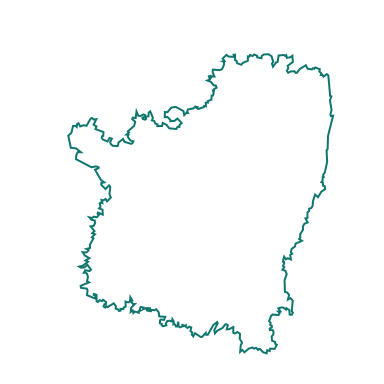 Sunamganj, Sylhet, Bangladesh, rotated 99°
{"feature_id": "16705992B61059366245275", "entity_name": "Sunamganj", "entity_type": "district", "adm_level": 2, "iso_a3": "BGD", "parent_name": "Bangladesh", "parent_adm1": "Sylhet", "projection": "mercator", "projection_center": [91.358, 24.888], "detail": "fine", "context": "isolated", "style": "outline", "palette": "teal", "viewbox_px": 384, "rotation_deg": 99, "n_neighbors": 0, "source": "geoboundaries", "source_scale": "gbopen_adm2", "svg_char_len": 5954}
<svg xmlns="http://www.w3.org/2000/svg" viewBox="0 0 384 384"><g transform="rotate(99 192 192)"><path d="M310.3,279.6L312.3,271.4L309.6,270.7L309.0,273.0L308.1,273.0L308.4,270.3L314.9,269.1L315.4,267.8L313.3,266.3L313.9,264.0L311.7,262.5L312.7,262.6L314.2,259.6L316.6,259.6L316.5,260.9L318.9,261.5L319.7,259.5L318.2,258.7L318.9,257.4L314.2,251.9L316.7,249.3L319.2,249.1L319.5,246.8L320.9,245.5L320.4,244.1L318.6,244.3L318.4,241.5L316.7,241.4L315.6,239.6L310.6,240.5L311.0,237.7L310.1,236.1L305.5,236.4L308.6,233.9L309.6,235.1L312.0,232.6L311.6,231.0L315.9,234.0L320.0,233.8L318.2,232.1L320.7,231.0L319.0,229.9L319.6,225.7L318.1,226.1L317.1,224.3L316.8,225.2L313.7,224.8L313.7,221.8L315.3,222.0L313.8,219.0L313.3,214.4L313.7,216.2L314.4,215.2L314.9,218.6L316.1,217.8L316.2,213.9L314.8,213.4L314.6,210.4L313.4,209.1L316.1,206.0L320.0,204.9L319.5,198.9L322.7,199.6L322.8,202.8L323.7,203.5L326.7,203.2L327.2,201.0L328.5,201.0L329.1,199.6L327.7,196.5L326.0,197.2L323.4,196.3L322.6,194.0L323.1,191.5L320.7,191.5L322.7,189.8L325.6,189.7L325.1,188.6L327.4,186.7L327.1,185.6L322.2,185.3L326.9,184.2L327.5,182.6L326.2,180.5L323.9,180.9L325.9,179.5L324.6,177.3L325.8,177.3L327.0,175.2L325.5,173.6L325.9,171.6L329.6,171.8L330.7,169.8L332.9,169.8L334.4,168.2L331.0,167.0L333.8,160.8L333.5,159.4L329.0,156.4L330.7,155.9L330.6,154.1L320.0,150.1L316.6,146.8L317.6,146.1L325.0,148.4L328.0,147.2L325.1,145.4L321.4,140.5L317.4,138.3L317.4,136.8L317.8,135.8L322.2,136.2L321.7,133.9L318.9,130.1L324.6,129.2L325.0,127.5L323.2,125.3L324.6,122.4L329.5,121.9L333.0,119.0L335.7,119.9L342.3,119.4L340.1,117.6L342.1,115.1L337.7,111.4L336.2,108.1L337.0,106.4L335.9,104.2L338.2,101.4L336.8,102.3L336.5,100.1L339.1,96.8L339.7,93.1L336.4,92.9L336.9,90.4L334.5,90.3L334.0,85.8L329.6,84.3L328.8,86.1L327.1,86.4L326.3,89.8L322.1,90.7L320.2,89.4L317.3,89.6L315.8,90.6L316.2,93.4L314.7,93.9L313.3,92.0L311.7,92.2L311.1,93.9L308.9,93.9L307.5,95.6L302.1,94.6L300.4,93.2L300.0,87.2L297.8,86.5L296.6,88.2L296.1,86.0L293.4,88.5L292.2,86.1L291.8,84.0L293.4,80.8L292.0,80.6L293.5,77.3L297.8,76.4L297.7,74.3L295.5,73.4L294.1,74.8L283.5,75.5L281.4,78.2L283.2,80.4L278.3,80.1L276.4,82.2L276.1,84.6L264.6,86.8L258.3,85.6L255.2,87.4L254.6,90.5L251.8,89.1L250.8,90.6L248.2,89.8L246.6,90.1L246.7,91.2L243.8,91.2L241.4,90.8L243.8,88.7L242.5,87.1L243.1,83.8L238.8,85.2L237.3,83.4L236.0,84.9L232.6,84.7L229.8,81.8L226.8,81.6L223.0,75.8L221.6,78.9L220.1,77.9L217.0,78.6L211.7,76.4L208.7,77.1L205.8,76.0L204.0,73.0L200.3,75.8L199.5,73.9L194.1,74.8L192.4,73.3L190.3,73.7L189.2,71.7L186.9,70.7L182.0,71.1L175.3,70.0L177.4,66.7L171.4,64.3L168.4,61.0L165.5,61.8L165.3,63.5L162.3,64.3L162.0,65.7L160.7,64.8L156.7,65.2L156.6,64.3L154.3,65.2L152.2,63.9L141.1,63.2L129.9,65.6L128.3,64.8L115.2,66.4L94.5,64.6L95.3,66.7L93.8,67.4L89.1,67.0L79.9,70.1L75.7,69.3L75.5,70.6L55.5,75.6L54.5,77.4L57.5,80.2L56.0,81.4L56.3,83.0L54.8,82.7L53.0,85.1L50.8,84.9L49.7,89.8L51.2,90.5L50.8,91.9L52.1,92.7L52.2,97.1L49.0,99.4L53.6,104.7L57.8,107.0L58.2,108.1L56.7,109.7L57.5,113.4L59.2,115.7L57.3,117.3L54.7,116.2L52.4,117.3L47.8,112.7L41.7,114.2L43.5,115.9L44.7,119.2L42.1,120.3L43.1,121.2L42.3,122.7L43.6,127.8L50.2,127.8L50.9,129.3L55.6,131.6L52.8,133.1L50.8,132.2L45.5,134.6L44.0,138.0L44.9,142.5L46.7,144.4L49.0,144.3L48.8,148.7L47.3,149.0L46.4,152.0L48.2,153.3L47.6,156.1L49.2,156.4L49.3,158.0L53.7,157.4L56.4,161.8L58.6,163.3L57.7,167.6L55.6,168.5L55.0,170.1L49.6,171.0L50.0,172.3L51.9,171.1L52.5,177.0L51.2,179.4L55.4,182.6L57.7,180.3L58.2,181.8L58.4,180.8L61.1,180.3L65.9,181.5L67.3,183.8L67.9,190.5L70.6,190.3L74.4,187.9L74.6,190.1L76.2,191.2L74.4,191.8L75.1,193.4L78.0,192.0L79.5,194.3L80.2,190.7L83.3,187.2L83.0,185.2L85.1,184.0L86.8,186.2L88.7,186.2L88.6,187.1L91.2,186.0L93.5,186.5L93.6,187.7L97.8,187.3L99.9,190.7L101.2,190.3L101.7,192.4L105.2,191.6L105.1,193.5L106.3,193.6L109.1,199.0L108.3,200.6L107.3,199.9L107.1,202.2L109.2,203.6L111.0,208.8L113.6,209.4L114.6,208.4L115.0,210.2L117.2,211.7L113.4,213.1L110.5,221.4L111.9,225.7L117.0,228.7L117.2,231.3L122.4,230.6L121.7,228.1L124.1,224.7L125.5,224.5L124.4,220.3L121.7,217.9L125.5,213.0L127.7,214.8L129.7,214.6L129.8,216.4L132.2,217.3L132.7,224.4L129.7,227.6L128.4,231.7L131.5,231.9L132.3,236.6L130.6,236.6L130.2,238.9L127.8,240.4L127.5,242.8L125.0,242.2L118.9,245.9L120.3,247.2L124.0,246.9L125.2,250.0L127.0,248.7L127.9,249.6L127.6,252.0L126.5,252.6L124.8,250.1L123.4,250.2L123.0,252.1L125.0,254.8L125.1,257.0L121.2,259.4L127.7,259.2L127.8,262.1L129.3,262.5L131.5,259.1L135.7,259.5L142.2,264.8L143.1,263.6L145.6,265.7L145.5,263.7L147.7,264.0L150.7,260.9L151.2,257.8L152.5,258.1L154.0,259.6L153.0,266.6L150.4,268.4L154.6,272.3L158.3,272.6L158.7,277.6L157.4,279.6L155.5,280.7L151.9,279.5L151.5,281.9L155.3,283.3L154.2,287.9L152.8,289.6L151.0,289.6L150.5,288.5L146.7,288.8L144.9,297.2L142.2,296.6L141.0,299.7L135.0,297.9L135.8,300.3L134.6,302.3L135.3,303.6L143.1,306.5L143.0,309.6L144.7,312.7L141.8,314.9L142.6,316.0L145.7,316.1L144.9,317.1L145.4,319.8L152.5,320.4L155.7,323.0L167.3,318.6L167.1,313.3L170.1,308.0L170.5,311.1L173.9,312.1L177.7,311.7L183.3,295.2L181.7,290.8L182.2,288.0L183.2,288.1L185.1,291.3L194.6,283.6L196.2,280.2L197.3,283.0L199.2,282.7L202.6,277.8L198.4,275.0L199.9,273.5L207.0,273.2L210.1,271.3L214.5,274.4L212.4,276.3L214.2,278.2L214.0,280.1L217.0,278.8L216.8,280.8L217.7,281.4L220.9,280.0L222.7,281.2L223.5,277.6L228.3,276.6L227.0,281.7L228.2,281.9L229.0,280.3L231.8,282.0L231.7,285.0L233.3,286.7L233.1,289.4L235.2,287.0L235.3,283.6L238.1,282.9L240.9,283.8L241.8,286.8L245.9,282.2L248.3,284.1L248.9,281.2L252.4,283.9L253.2,282.1L259.8,284.5L263.2,284.0L264.7,287.2L265.1,285.2L266.1,285.1L268.1,286.7L268.6,290.6L271.5,287.9L273.4,283.0L276.4,286.5L277.1,283.8L282.0,288.5L283.3,291.8L284.1,289.9L283.4,286.5L280.3,283.9L284.5,279.6L286.1,280.9L286.0,285.3L288.7,286.2L288.3,284.3L289.2,282.9L292.1,281.5L296.5,281.7L297.3,279.5L302.1,287.3L304.0,286.7L303.9,280.8L305.8,279.7L310.3,279.6Z" fill="none" stroke="#0f766e" stroke-width="2"/></g></svg>